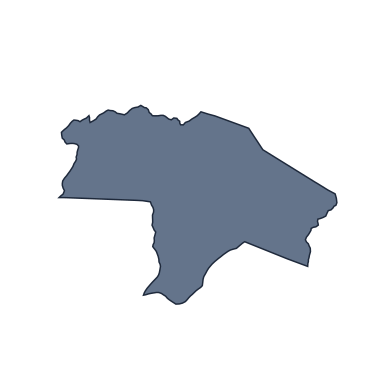 outline of Ibicoara, Bahia, Brazil, rotated 228°
{"feature_id": "56859067B74041818755957", "entity_name": "Ibicoara", "entity_type": "district", "adm_level": 2, "iso_a3": "BRA", "parent_name": "Brazil", "parent_adm1": "Bahia", "projection": "natural_earth1", "projection_center": [-41.312, -13.375], "detail": "fine", "context": "isolated", "style": "filled", "palette": "slate", "viewbox_px": 384, "rotation_deg": 228, "n_neighbors": 0, "source": "geoboundaries", "source_scale": "gbopen_adm2", "svg_char_len": 2950}
<svg xmlns="http://www.w3.org/2000/svg" viewBox="0 0 384 384"><g transform="rotate(228 192 192)"><path d="M233.3,259.9L239.0,256.2L245.6,252.3L245.3,249.5L245.2,246.8L245.6,244.2L246.3,240.9L246.6,237.4L248.1,233.6L247.7,230.5L249.6,228.5L251.4,229.0L252.8,230.2L254.7,229.8L256.9,230.0L259.2,228.0L259.5,224.9L261.8,223.5L264.3,223.1L266.1,222.8L268.2,221.9L269.7,220.3L271.4,217.7L273.4,215.4L275.2,213.6L277.4,213.8L279.7,213.4L282.5,214.6L285.2,214.3L286.6,213.1L288.7,212.5L290.6,211.9L291.3,208.7L293.0,206.0L294.1,203.5L294.3,200.1L294.0,196.9L294.6,193.4L296.5,192.1L298.6,190.6L300.7,188.9L302.9,188.6L305.3,187.6L307.3,185.7L309.0,184.5L309.6,182.4L309.9,179.2L311.1,174.9L311.0,172.2L310.4,169.6L310.9,166.6L311.8,162.8L314.0,163.9L315.8,165.6L317.7,166.5L317.6,163.0L318.4,160.4L318.9,158.5L319.2,155.8L321.3,155.1L322.8,153.9L324.5,152.4L324.7,150.2L324.5,147.7L323.8,144.6L323.6,141.5L323.8,139.2L323.8,137.0L323.7,134.9L321.4,133.2L318.8,131.6L316.2,131.9L314.1,131.1L311.5,131.1L309.7,133.8L308.2,135.6L306.8,136.9L304.4,138.4L302.1,138.5L300.8,137.2L299.7,135.2L298.4,133.2L296.8,131.7L295.5,129.3L293.7,128.2L292.8,126.3L292.0,123.3L290.6,120.5L289.8,117.7L289.1,115.0L288.6,112.4L288.0,109.8L287.6,106.5L286.7,103.3L285.0,101.2L283.6,100.0L281.0,98.8L278.3,98.1L276.7,94.8L276.9,91.7L276.8,89.5L272.4,94.3L223.3,144.8L218.6,149.5L212.5,154.5L209.4,153.2L206.7,152.7L204.4,151.6L202.7,149.9L201.3,147.2L199.2,145.4L197.5,144.0L195.8,142.5L194.1,140.1L191.9,139.4L188.9,138.4L186.6,138.3L185.0,136.0L183.2,133.1L181.2,131.6L179.7,130.0L178.9,127.9L177.7,126.3L175.9,126.1L173.9,126.0L171.6,125.7L169.3,124.8L166.8,123.8L164.1,122.3L162.1,120.7L159.5,119.9L157.8,118.8L155.5,115.9L153.7,113.5L152.6,111.4L152.0,109.2L151.7,105.5L151.5,102.5L151.2,99.6L150.8,96.6L150.5,94.4L149.8,91.4L149.0,89.1L147.8,86.9L146.6,88.9L145.3,91.7L143.7,94.4L142.4,96.4L141.1,98.4L139.5,100.1L137.1,101.4L134.6,102.0L132.2,102.7L129.5,102.6L127.6,102.9L125.4,103.4L122.8,104.1L119.5,105.0L117.3,107.7L115.8,110.6L115.0,113.8L115.2,116.4L115.6,118.8L115.8,121.4L115.7,123.8L115.8,126.1L115.9,128.9L115.7,131.6L115.3,134.6L115.5,137.0L117.3,139.1L119.7,141.8L121.2,144.1L122.4,147.7L123.6,151.0L124.3,153.5L124.7,156.3L125.0,158.7L125.1,162.4L125.0,165.0L124.9,167.4L124.7,169.7L124.5,173.6L124.2,176.1L123.8,179.2L123.2,181.7L121.9,184.5L120.4,187.3L120.3,191.5L120.2,195.1L119.8,197.9L78.4,218.2L59.3,228.2L61.3,230.2L62.4,231.9L63.8,233.2L64.9,235.0L66.4,236.9L68.4,240.1L71.1,242.3L73.7,243.0L75.7,243.8L78.1,243.6L80.6,244.3L81.9,246.9L82.4,249.9L83.2,252.6L83.9,254.7L85.2,256.2L84.6,258.5L83.2,260.8L82.9,263.7L84.4,264.7L86.2,265.6L87.6,267.4L86.5,269.5L85.4,272.3L84.6,275.3L85.8,277.9L87.0,280.8L85.7,283.3L85.8,286.0L86.4,288.1L85.8,290.0L87.1,292.5L90.8,295.1L94.8,297.1L102.6,294.3L114.0,291.0L117.5,289.9L176.0,272.9L181.2,273.7L186.4,274.5L191.9,275.3L201.4,276.8L233.3,259.9Z" fill="#64748b" stroke="#1e293b" stroke-width="1.5"/></g></svg>